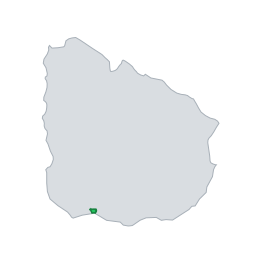 Colonia Valdense, Colonia, Uruguay shown in context, rotated 350°
{"feature_id": "84410073B47178985540084", "entity_name": "Colonia Valdense", "entity_type": "district", "adm_level": 2, "iso_a3": "URY", "parent_name": "Uruguay", "parent_adm1": "Colonia", "projection": "orthographic", "projection_center": [-57.146, -34.39], "detail": "fine", "context": "in_parent", "style": "filled", "palette": "green", "viewbox_px": 256, "rotation_deg": 350, "n_neighbors": 0, "source": "geoboundaries", "source_scale": "gbopen_adm2", "svg_char_len": 2363}
<svg xmlns="http://www.w3.org/2000/svg" viewBox="0 0 256 256"><g transform="rotate(350 128 128)"><path d="M208.6,179.6L206.9,181.1L205.0,183.9L202.7,190.6L195.4,199.8L193.8,205.0L186.1,210.3L180.6,216.4L177.2,216.2L174.0,218.8L155.9,226.4L149.5,224.8L144.8,224.7L140.4,221.0L130.3,219.6L124.0,220.9L115.4,224.8L112.9,224.7L111.1,224.5L106.5,222.8L104.0,219.3L90.9,215.2L80.4,206.1L67.9,205.9L58.3,207.2L56.9,206.0L55.9,203.7L53.9,200.3L45.5,192.3L38.9,184.4L37.6,176.6L38.4,168.1L40.2,157.9L39.8,154.8L42.2,152.9L44.6,152.6L46.9,149.9L49.0,146.0L49.3,143.0L47.6,137.4L46.4,129.7L45.1,125.9L47.7,119.8L47.8,116.8L46.2,114.2L45.8,111.5L46.4,108.8L46.3,106.2L45.3,103.6L46.0,101.5L48.4,99.9L50.3,97.3L51.5,93.9L52.1,91.3L52.1,89.5L51.3,87.8L49.8,86.2L50.5,83.0L53.4,78.2L55.3,74.0L56.1,70.3L56.0,67.3L55.0,65.1L55.4,63.5L57.2,62.7L58.0,60.3L57.7,54.4L55.8,49.5L57.2,45.6L61.4,41.1L63.5,37.5L63.7,34.7L65.0,33.1L67.0,36.1L72.9,36.8L78.8,36.9L79.8,36.2L82.1,31.3L85.2,29.9L88.5,29.6L92.2,29.8L96.1,33.1L107.1,43.7L115.1,51.1L117.5,54.6L119.6,57.2L121.2,59.6L120.5,65.9L120.5,68.6L120.9,69.4L122.7,69.5L125.5,69.1L127.8,67.8L129.6,65.8L131.4,64.2L132.8,63.3L133.3,62.0L134.2,60.6L135.0,60.3L136.6,61.4L140.3,65.0L143.1,68.4L143.8,70.3L144.9,72.3L146.1,74.0L146.9,75.7L149.7,78.0L152.5,79.4L154.4,78.1L159.2,82.7L169.8,86.8L171.7,89.1L173.4,92.4L177.0,97.5L182.1,102.1L186.2,104.1L190.1,105.3L192.3,106.4L193.8,108.1L196.1,110.1L197.6,110.8L198.1,112.5L199.5,116.1L201.0,120.7L202.7,125.0L206.4,129.2L210.6,132.5L215.0,134.5L217.4,136.8L218.4,139.2L215.3,142.5L211.9,146.6L208.8,149.9L205.8,152.2L204.7,153.7L204.0,156.3L203.6,169.6L203.1,174.6L203.3,175.9L203.7,176.8L205.5,178.2L207.7,179.4L208.6,179.6Z" fill="#d9dde1" stroke="#a8b0b8" stroke-width="1"/><path d="M82.4,202.4L81.4,202.2L77.8,201.6L77.5,201.3L77.4,201.5L77.1,201.5L76.6,201.4L76.3,201.8L77.2,202.6L77.2,203.2L77.3,203.6L77.8,205.5L78.0,205.5L78.3,205.5L78.5,205.5L78.9,205.5L79.0,205.5L79.3,205.6L79.5,205.6L80.1,205.7L80.2,205.8L80.3,205.8L80.5,205.8L80.9,205.8L81.0,205.9L81.1,205.7L81.3,205.6L81.3,205.4L81.5,205.3L81.6,205.2L81.8,205.1L81.9,204.9L82.0,204.9L82.0,204.7L81.9,204.7L81.9,204.4L82.0,204.4L82.3,204.4L82.3,204.2L82.3,203.9L82.3,203.7L82.5,203.5L82.4,203.4L82.5,203.4L82.5,203.2L82.5,202.9L82.5,202.7L82.4,202.4L82.4,202.4Z" fill="#22c55e" stroke="#15803d" stroke-width="1.5"/></g></svg>